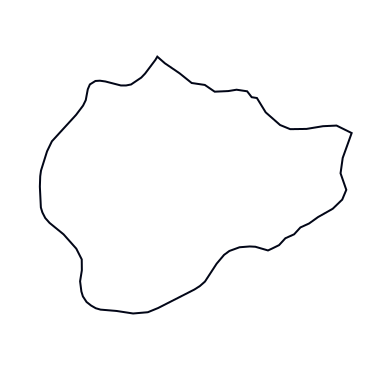 outline of Sangwon, P'yŏngyang, North Korea, rotated 98°
{"feature_id": "82179303B39263220364420", "entity_name": "Sangwon", "entity_type": "district", "adm_level": 2, "iso_a3": "PRK", "parent_name": "North Korea", "parent_adm1": "P'yŏngyang", "projection": "natural_earth1", "projection_center": [126.045, 38.858], "detail": "fine", "context": "isolated", "style": "outline", "palette": "ink", "viewbox_px": 384, "rotation_deg": 98, "n_neighbors": 0, "source": "geoboundaries", "source_scale": "gbopen_adm2", "svg_char_len": 1121}
<svg xmlns="http://www.w3.org/2000/svg" viewBox="0 0 384 384"><g transform="rotate(98 192 192)"><path d="M70.0,248.7L81.2,254.9L85.8,258.2L94.0,267.3L95.7,272.2L96.4,277.2L94.6,293.2L94.6,298.7L95.5,303.1L99.7,308.1L104.8,309.5L115.8,310.0L121.6,311.9L131.7,317.5L161.3,337.8L171.9,341.2L191.8,344.5L197.5,344.5L207.9,343.4L228.4,339.5L233.1,337.3L238.2,333.7L242.4,328.8L251.8,313.3L264.2,298.7L274.1,291.8L284.7,290.2L285.9,290.2L296.0,290.4L305.9,287.7L310.6,285.5L315.6,281.1L318.5,276.1L320.5,271.1L321.2,266.2L320.3,250.2L320.5,233.4L317.2,219.0L311.6,209.4L288.2,176.0L284.0,171.1L278.9,166.7L259.5,157.6L249.8,151.5L245.2,146.8L240.1,137.2L237.9,127.3L237.4,121.7L239.3,108.6L236.9,104.9L232.5,98.4L224.8,93.1L219.7,85.0L212.0,79.7L206.9,71.7L199.2,63.6L189.0,50.3L179.9,43.2L178.7,42.2L168.4,39.5L152.8,47.5L137.3,47.5L124.4,44.8L111.4,42.1L106.1,58.1L108.6,71.4L113.6,87.4L116.1,103.5L113.4,114.1L102.9,130.1L89.9,140.8L89.8,146.1L84.6,151.4L84.5,162.1L87.0,170.1L89.5,183.5L84.2,194.2L84.1,207.5L76.2,220.8L68.3,236.8L62.8,245.2L66.2,246.6L70.0,248.7Z" fill="none" stroke="#020617" stroke-width="2"/></g></svg>